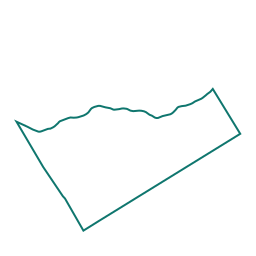 Henderson, Illinois, United States of America, rotated 58°
{"feature_id": "52423323B60960252709384", "entity_name": "Henderson", "entity_type": "district", "adm_level": 2, "iso_a3": "USA", "parent_name": "United States of America", "parent_adm1": "Illinois", "projection": "albers", "projection_center": [-91.022, 40.853], "detail": "fine", "context": "isolated", "style": "outline", "palette": "teal", "viewbox_px": 256, "rotation_deg": 58, "n_neighbors": 0, "source": "geoboundaries", "source_scale": "gbopen_adm2", "svg_char_len": 1001}
<svg xmlns="http://www.w3.org/2000/svg" viewBox="0 0 256 256"><g transform="rotate(58 128 128)"><path d="M192.4,35.9L139.8,35.4L140.9,39.0L141.2,43.0L141.5,44.6L142.0,48.9L142.0,50.5L141.0,57.1L141.1,60.2L140.8,62.5L139.6,67.3L137.9,70.9L136.9,73.9L136.9,75.2L137.9,78.1L138.7,81.4L138.9,83.1L138.8,84.8L136.2,92.4L135.4,97.2L134.6,98.6L133.4,99.7L130.2,101.2L128.2,102.7L124.0,104.4L122.3,105.6L120.4,107.6L119.7,108.6L119.2,109.3L116.5,114.6L114.6,116.7L111.6,118.5L110.9,119.1L109.1,121.3L108.2,122.9L107.3,125.5L105.3,129.8L104.6,130.7L101.9,132.5L98.5,136.2L94.5,139.9L93.5,141.4L92.3,145.4L92.0,148.0L92.2,149.3L93.8,153.4L94.1,156.0L93.9,159.0L92.5,164.4L91.9,166.0L90.5,168.6L88.6,171.2L87.9,173.5L86.2,182.2L86.4,183.6L86.8,184.6L87.7,189.4L87.7,191.5L87.4,194.2L87.2,194.5L86.3,196.4L84.9,203.2L84.5,204.5L84.0,205.4L83.5,206.0L78.9,209.5L73.7,212.6L63.6,219.2L116.2,220.6L151.3,219.4L154.4,218.8L191.4,220.2L191.4,201.7L192.4,35.9Z" fill="none" stroke="#0f766e" stroke-width="2"/></g></svg>